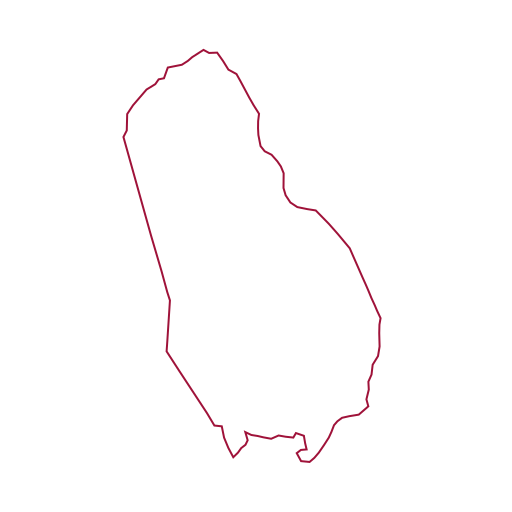 outline of São João, Pernambuco, Brazil, rotated 172°
{"feature_id": "56859067B85962492334697", "entity_name": "São João", "entity_type": "district", "adm_level": 2, "iso_a3": "BRA", "parent_name": "Brazil", "parent_adm1": "Pernambuco", "projection": "equal_earth", "projection_center": [-36.391, -8.885], "detail": "fine", "context": "isolated", "style": "outline", "palette": "rose", "viewbox_px": 512, "rotation_deg": 172, "n_neighbors": 0, "source": "geoboundaries", "source_scale": "gbopen_adm2", "svg_char_len": 1364}
<svg xmlns="http://www.w3.org/2000/svg" viewBox="0 0 512 512"><g transform="rotate(172 256 256)"><path d="M320.8,93.9L313.6,92.1L312.9,80.6L310.1,69.8L306.5,59.9L301.2,63.8L297.3,67.9L292.7,70.5L289.9,74.7L291.1,83.1L285.5,79.4L279.3,77.5L273.9,75.4L266.4,72.9L258.6,75.1L251.8,72.9L244.3,71.0L241.1,75.1L233.6,71.3L233.4,63.8L232.8,57.4L238.5,57.7L243.1,55.1L239.9,46.6L231.6,44.6L226.3,48.0L221.2,52.5L214.8,59.5L209.2,66.0L205.8,71.3L202.3,77.6L198.4,81.0L193.3,83.8L185.9,84.4L176.3,84.6L165.7,91.5L166.6,98.7L162.9,108.0L162.2,115.9L158.1,122.5L155.6,132.1L149.1,139.9L146.2,149.2L144.7,162.5L143.3,170.9L141.3,177.1L143.8,185.2L145.2,190.5L147.5,198.1L149.6,206.3L151.2,212.1L153.5,220.0L159.7,242.0L162.1,250.6L171.9,266.4L179.5,277.9L190.5,292.8L198.7,295.3L208.3,298.7L214.5,304.2L218.2,312.0L219.3,319.5L217.1,334.1L218.9,341.2L221.7,346.8L226.5,354.1L232.8,358.5L236.2,364.2L236.8,375.5L236.2,382.2L235.1,389.3L233.2,396.4L237.4,405.7L240.6,413.7L247.1,431.4L250.0,438.9L257.4,444.4L261.5,453.7L266.2,462.8L274.2,463.6L279.3,467.4L291.5,461.8L296.3,458.7L302.8,455.7L317.1,454.9L322.4,444.8L327.8,444.5L331.8,440.2L341.2,436.1L356.8,422.4L363.8,414.5L366.5,398.3L370.7,392.3L359.7,310.2L357.1,290.9L351.6,253.7L348.9,232.6L347.4,224.0L355.8,183.4L357.8,174.0L347.9,152.7L326.3,107.0L320.8,93.9Z" fill="none" stroke="#9f1239" stroke-width="2"/></g></svg>